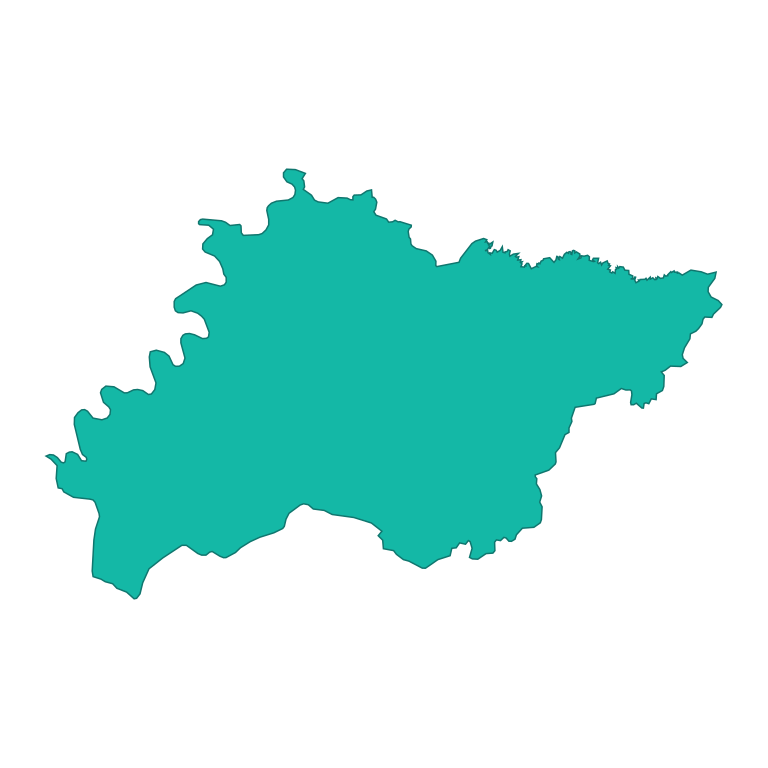 Doi Luang, Chiang Rai, Thailand
{"feature_id": "78962969B15237736289159", "entity_name": "Doi Luang", "entity_type": "district", "adm_level": 2, "iso_a3": "THA", "parent_name": "Thailand", "parent_adm1": "Chiang Rai", "projection": "mercator", "projection_center": [100.215, 20.141], "detail": "fine", "context": "isolated", "style": "filled", "palette": "teal", "viewbox_px": 768, "rotation_deg": 0, "n_neighbors": 0, "source": "geoboundaries", "source_scale": "gbopen_adm2", "svg_char_len": 6092}
<svg xmlns="http://www.w3.org/2000/svg" viewBox="0 0 768 768"><path d="M716.1,272.1L707.6,274.2L701.2,271.8L690.9,270.1L682.3,275.1L678.9,272.9L677.4,273.1L677.5,272.1L674.5,272.2L674.1,270.9L671.4,272.5L670.8,271.7L667.7,274.8L667.8,275.7L665.6,276.1L664.3,274.9L663.4,277.9L660.5,278.4L657.8,276.5L657.1,278.6L655.9,277.9L656.1,279.5L654.8,279.7L652.8,277.8L650.3,279.1L650.2,277.2L647.0,280.2L646.0,278.3L644.9,279.3L640.1,279.5L639.5,280.5L638.5,280.1L638.8,281.2L636.0,282.7L634.7,280.1L635.6,277.2L634.9,277.0L634.0,279.0L630.6,278.9L632.8,278.4L632.7,275.9L629.0,274.3L628.7,270.5L624.9,270.2L623.3,267.1L619.8,266.6L618.8,268.1L617.7,266.7L617.8,268.1L616.1,267.6L616.5,269.2L615.5,269.6L615.1,273.3L612.7,271.8L611.9,273.0L609.7,271.9L610.4,270.0L607.7,269.2L610.4,265.8L608.6,265.3L609.5,264.0L608.0,263.3L607.2,260.9L602.8,263.0L601.6,265.0L600.6,262.2L598.7,263.6L597.6,262.7L598.6,258.3L593.4,258.3L592.6,259.8L594.4,261.4L593.4,261.6L589.2,260.3L589.4,256.8L587.6,255.3L584.1,256.2L581.4,255.8L580.9,257.9L578.0,259.0L579.9,256.1L579.8,254.0L576.4,251.9L574.8,252.9L574.8,250.8L573.4,250.4L572.4,250.9L571.8,254.5L570.9,254.1L571.0,252.5L570.0,251.6L568.7,252.0L568.5,253.3L566.8,252.3L564.4,254.3L562.5,258.2L559.8,256.5L558.9,258.0L559.3,259.6L558.4,259.2L557.8,256.6L556.8,256.4L556.0,259.8L554.0,262.4L549.7,257.7L543.6,258.8L543.0,260.3L541.1,261.1L539.9,263.8L538.9,263.0L538.3,263.9L537.0,263.6L536.6,265.7L537.5,266.7L536.2,266.4L531.3,268.7L528.5,263.5L526.9,263.3L525.6,264.8L525.9,265.9L524.7,265.8L524.4,267.1L520.9,266.7L522.0,263.9L521.2,263.2L522.2,261.8L520.4,262.1L520.9,259.7L517.7,260.1L518.8,256.7L516.3,257.2L515.4,256.4L518.5,253.4L513.4,254.1L509.9,256.2L509.4,254.2L510.2,250.9L508.1,249.7L507.2,251.5L505.1,251.9L505.0,252.8L503.0,252.3L502.3,246.7L500.2,250.4L497.2,252.1L496.2,250.3L494.3,249.6L492.2,253.3L490.0,252.9L490.3,254.4L488.0,252.7L487.6,250.5L485.0,250.7L487.3,249.7L489.3,246.7L489.7,248.5L490.4,248.3L491.1,246.3L492.0,245.9L492.8,242.0L488.6,244.8L488.6,243.1L487.7,243.4L487.1,241.6L485.5,241.9L486.8,239.7L483.6,238.5L475.5,241.1L471.9,243.6L460.6,258.2L459.0,262.3L436.8,266.6L435.8,265.6L435.9,261.2L432.4,255.1L426.2,250.9L416.2,248.6L412.0,245.7L410.9,243.8L410.5,239.0L409.1,237.3L408.2,231.5L408.9,229.1L411.2,226.9L411.3,225.2L400.0,221.7L398.2,221.9L395.1,220.3L392.6,221.8L388.7,222.2L386.5,219.0L376.0,215.2L373.8,211.7L375.5,209.2L376.8,202.2L375.6,199.2L373.7,197.3L372.2,197.3L371.5,189.9L366.8,191.0L360.9,194.9L354.2,195.1L352.9,196.7L352.9,199.9L350.3,199.7L347.1,198.1L338.1,197.6L327.9,203.2L318.1,201.9L314.5,200.1L311.5,195.2L303.3,189.4L304.6,186.9L303.8,180.8L302.1,178.7L305.4,173.4L295.4,169.6L286.6,169.2L283.5,172.8L283.5,177.0L286.9,181.8L292.0,184.1L294.6,187.0L295.5,190.2L294.9,194.5L293.0,197.5L288.3,200.0L276.5,201.2L271.4,203.2L268.6,205.7L267.2,207.7L266.8,210.5L268.7,219.4L268.7,224.9L266.0,229.9L262.2,233.5L258.7,234.7L243.3,235.4L241.3,232.8L241.0,225.9L239.7,224.5L230.0,225.5L225.6,222.3L221.6,220.8L202.7,219.1L200.4,219.6L198.6,221.6L198.6,223.7L199.6,224.6L208.7,225.2L213.5,229.2L212.5,234.8L207.3,238.6L202.9,243.9L202.6,249.0L205.1,252.0L214.6,256.0L219.6,261.5L222.8,268.8L223.8,274.1L226.2,277.4L226.2,282.2L224.4,284.8L220.4,286.2L206.0,282.5L196.2,285.0L175.6,298.7L174.2,301.5L174.2,307.2L175.4,310.8L178.0,312.6L183.1,312.9L191.0,310.8L197.7,313.2L201.6,316.2L204.3,319.2L209.2,332.3L208.5,336.9L206.5,338.3L202.5,338.6L194.6,334.8L189.5,333.5L185.3,333.9L182.9,335.3L180.9,338.7L180.9,342.9L185.0,358.1L183.2,363.6L179.4,366.2L175.5,366.3L173.0,364.7L169.0,356.1L164.4,352.4L156.3,350.2L150.3,351.8L149.3,357.0L150.1,366.9L156.0,382.9L154.8,389.6L151.4,394.0L148.4,394.5L142.8,390.6L137.6,389.5L133.5,389.9L127.4,392.8L124.3,392.9L114.0,386.8L105.9,386.1L101.7,389.4L100.5,392.8L103.5,402.3L108.8,406.9L110.5,409.7L110.0,414.4L107.2,418.0L101.9,419.8L93.0,418.1L87.5,411.2L84.6,409.6L81.6,409.9L78.0,412.7L74.5,417.5L74.3,424.4L80.3,449.4L82.5,454.5L86.3,457.4L86.8,459.4L85.9,461.2L81.5,460.7L77.6,454.4L72.2,451.8L69.3,452.1L66.3,453.7L65.1,461.8L63.6,462.9L61.2,462.2L57.4,457.6L53.5,455.0L49.7,454.6L46.1,456.1L51.1,459.2L57.1,465.6L56.2,478.5L58.2,487.9L62.1,488.7L63.8,491.9L73.5,497.3L89.8,499.1L93.0,499.9L95.1,502.3L99.1,513.6L99.5,516.8L95.5,529.0L93.9,540.0L92.2,571.0L93.1,576.6L100.9,579.1L105.2,581.7L112.6,583.7L116.9,588.3L126.6,592.1L134.1,598.8L136.6,598.3L140.0,593.9L142.7,582.8L149.0,568.8L162.8,557.9L181.9,545.3L186.4,545.3L197.8,553.5L201.6,555.1L206.0,555.1L209.7,552.1L212.2,551.5L219.9,556.2L223.6,557.7L226.0,557.6L235.5,552.5L240.5,547.7L250.3,541.6L259.9,537.2L273.9,532.8L282.7,528.5L284.3,526.4L286.0,519.2L289.0,513.3L300.2,505.0L303.6,503.8L308.3,504.7L313.3,509.0L324.2,510.4L332.2,514.5L353.9,517.5L371.4,523.0L381.9,531.2L378.2,535.7L382.7,540.2L383.4,548.7L393.6,550.6L396.4,554.3L403.4,559.6L408.8,561.1L422.2,568.1L425.5,568.2L437.9,559.6L450.1,555.7L451.8,548.3L456.2,547.8L459.6,542.9L465.5,544.2L468.4,540.6L470.1,541.6L472.1,548.3L469.5,557.4L472.4,558.9L477.8,559.2L486.1,553.6L492.9,553.1L494.9,550.7L494.6,542.2L496.4,539.9L500.5,540.6L503.9,537.4L506.1,538.0L508.9,541.2L511.5,541.3L515.0,539.2L516.4,534.8L522.4,528.2L533.9,527.3L540.3,522.8L541.4,519.6L542.1,506.8L539.7,502.1L541.6,495.9L539.9,489.6L536.4,483.9L536.8,478.7L535.3,476.8L535.2,475.0L548.9,470.1L555.3,464.0L556.0,461.9L555.5,452.6L559.5,447.8L565.0,434.6L569.0,432.4L569.0,427.9L571.9,421.5L571.4,418.1L575.1,407.3L594.0,404.3L595.1,403.6L596.4,398.1L614.0,393.8L621.3,388.5L625.9,390.0L630.3,389.9L631.5,391.0L631.9,394.7L630.6,402.4L631.1,404.7L633.7,404.7L636.3,403.2L641.8,408.0L643.4,408.1L644.1,403.5L646.0,402.8L648.8,403.7L651.3,398.9L656.1,399.6L656.5,393.8L662.4,390.5L663.8,386.5L664.2,375.5L661.3,371.9L665.1,370.3L670.5,366.1L680.8,366.5L687.3,362.5L683.1,358.4L682.3,354.7L684.5,347.8L689.9,338.8L690.4,333.9L695.9,331.2L698.6,328.5L702.0,323.8L703.0,319.3L704.8,317.0L711.9,317.4L713.5,314.1L720.5,307.4L721.9,304.6L718.3,300.6L711.1,297.0L708.1,291.7L708.3,287.3L714.8,278.4L716.1,272.1Z" fill="#14b8a6" stroke="#0f766e" stroke-width="1.5"/></svg>